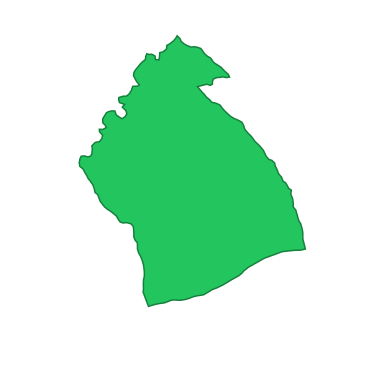 the district of Sud Mennucci, São Paulo, Brazil, rotated 310°
{"feature_id": "56859067B35855045473957", "entity_name": "Sud Mennucci", "entity_type": "district", "adm_level": 2, "iso_a3": "BRA", "parent_name": "Brazil", "parent_adm1": "São Paulo", "projection": "mercator", "projection_center": [-50.887, -20.678], "detail": "fine", "context": "isolated", "style": "filled", "palette": "green", "viewbox_px": 384, "rotation_deg": 310, "n_neighbors": 0, "source": "geoboundaries", "source_scale": "gbopen_adm2", "svg_char_len": 2804}
<svg xmlns="http://www.w3.org/2000/svg" viewBox="0 0 384 384"><g transform="rotate(310 192 192)"><path d="M148.2,84.1L145.5,84.8L141.9,86.8L139.5,89.6L139.6,93.9L137.8,98.1L136.9,100.9L135.5,104.0L134.9,107.3L133.8,111.3L132.3,114.1L129.3,118.1L129.4,121.4L127.4,124.9L125.8,127.8L124.4,134.5L124.4,138.0L124.9,141.8L125.0,146.5L125.0,149.6L123.5,153.5L122.9,156.2L123.9,159.1L126.3,161.3L127.4,163.4L128.4,165.8L127.8,169.2L125.6,171.5L123.3,173.7L120.2,176.3L118.5,179.5L118.0,182.7L115.5,185.0L113.2,186.9L111.1,190.2L109.8,193.6L108.1,197.0L105.4,201.1L103.1,203.8L100.3,206.7L96.6,209.8L94.4,210.8L91.7,212.7L88.7,215.2L86.9,216.9L83.7,219.1L82.6,221.2L79.3,227.0L76.4,232.2L81.9,235.8L85.6,238.7L89.4,242.2L95.6,245.6L97.5,247.3L99.8,250.4L101.7,252.8L105.4,256.0L108.9,258.3L112.8,260.4L116.1,262.9L118.6,265.2L121.0,267.1L130.2,270.2L134.6,272.7L140.2,275.2L146.4,277.4L149.5,278.4L158.1,281.7L161.7,282.4L164.7,282.4L170.7,283.6L187.6,289.9L204.3,299.5L207.6,302.6L213.0,307.8L217.5,312.8L221.2,315.5L227.2,307.2L230.3,304.5L232.5,302.6L234.5,300.1L236.2,297.6L237.6,295.7L238.4,292.9L239.8,290.4L241.8,287.7L243.2,285.5L244.9,283.1L245.6,279.1L248.4,276.9L251.3,273.7L254.0,269.0L257.3,266.8L256.9,263.8L258.2,260.7L259.2,257.9L258.8,254.8L260.9,251.1L261.6,246.8L264.2,242.0L265.4,239.0L267.3,236.8L267.6,232.9L266.4,229.9L267.0,226.0L268.8,222.1L269.8,219.8L270.7,215.0L271.0,211.5L271.2,207.6L272.3,203.8L272.9,200.6L273.0,197.7L273.5,194.9L274.1,191.9L276.2,188.7L277.5,185.4L276.8,181.6L275.5,177.4L274.7,172.8L274.9,169.0L275.1,164.9L275.7,161.1L276.6,157.9L275.9,154.6L274.6,151.6L273.4,149.4L274.0,146.3L274.0,141.7L274.7,138.9L274.9,135.9L275.6,132.1L276.2,128.4L284.2,134.2L285.4,137.4L287.7,138.4L289.6,136.8L292.2,135.7L295.8,137.6L298.0,140.0L299.9,141.4L301.8,144.8L304.2,146.9L305.5,144.0L305.5,141.0L305.7,138.1L306.2,133.9L305.7,130.0L305.2,126.0L305.7,123.0L306.6,120.6L305.9,116.3L306.1,112.1L306.9,109.5L307.6,106.5L306.5,103.5L305.2,100.9L302.5,98.2L301.1,94.4L300.4,90.8L300.4,86.8L301.8,84.1L302.1,80.2L299.3,80.7L295.7,80.7L290.9,79.6L288.1,78.5L285.2,80.6L280.5,79.6L278.0,77.7L274.5,80.3L271.9,81.8L270.0,78.8L272.4,76.3L271.7,72.6L269.8,70.8L268.9,68.5L266.3,69.3L263.4,71.2L259.5,70.3L256.1,70.1L253.4,70.2L249.7,70.2L246.4,70.6L243.5,72.4L241.1,78.3L240.2,82.8L237.9,82.1L234.9,78.7L230.6,80.3L226.6,80.8L223.4,80.2L221.0,77.6L217.3,75.2L215.2,76.9L213.9,79.0L215.8,84.1L212.2,84.0L211.9,88.8L210.1,91.8L206.8,92.3L203.1,91.3L202.7,88.3L202.3,84.5L204.5,80.8L202.2,78.1L199.7,76.3L197.5,75.5L194.4,76.0L190.6,76.6L187.6,79.3L187.4,82.3L186.3,85.0L182.5,83.4L180.5,80.7L178.7,82.4L178.0,87.0L174.9,88.6L171.1,88.7L167.8,86.0L163.0,85.6L161.1,87.8L157.1,90.6L154.6,91.3L152.0,89.8L150.4,86.2L148.2,84.1Z" fill="#22c55e" stroke="#15803d" stroke-width="1.5"/></g></svg>